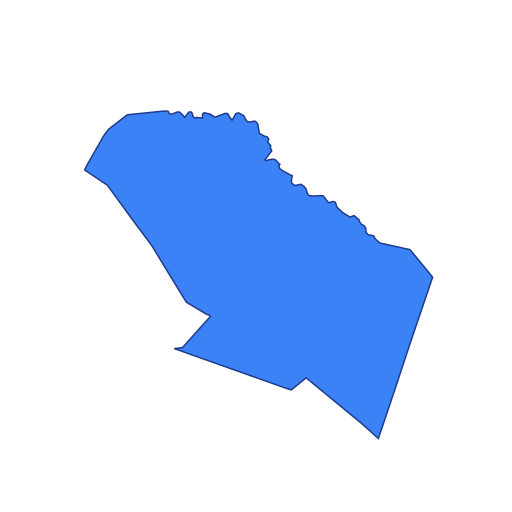 the district of Santo Domingo Tlatayápam, Oaxaca, Mexico, rotated 27°
{"feature_id": "50627088B94948121721133", "entity_name": "Santo Domingo Tlatayápam", "entity_type": "district", "adm_level": 2, "iso_a3": "MEX", "parent_name": "Mexico", "parent_adm1": "Oaxaca", "projection": "mercator", "projection_center": [-97.346, 17.402], "detail": "fine", "context": "isolated", "style": "filled", "palette": "blue", "viewbox_px": 512, "rotation_deg": 27, "n_neighbors": 0, "source": "geoboundaries", "source_scale": "gbopen_adm2", "svg_char_len": 2034}
<svg xmlns="http://www.w3.org/2000/svg" viewBox="0 0 512 512"><g transform="rotate(27 256 256)"><path d="M107.6,169.0L77.2,188.6L67.3,209.6L65.8,217.1L64.1,252.4L64.2,256.5L64.6,257.2L67.2,257.5L91.4,260.4L130.9,280.5L132.4,281.2L157.5,293.6L160.1,295.1L165.8,298.6L187.6,312.1L214.9,328.8L232.7,330.0L237.9,330.4L241.7,330.0L242.8,330.5L232.0,371.1L225.2,375.6L245.4,373.0L344.3,360.0L348.2,359.3L356.0,341.8L426.2,357.3L447.9,363.1L440.6,313.5L432.8,262.6L423.0,194.7L390.4,180.4L360.3,188.2L354.3,186.5L351.6,184.6L346.1,186.1L343.2,184.8L341.2,181.4L338.6,179.9L335.4,179.9L332.2,178.1L330.9,176.6L328.8,176.6L327.4,176.0L324.9,175.5L322.2,178.6L318.1,178.3L313.8,178.0L309.8,176.8L307.7,176.3L305.8,175.6L303.8,173.6L302.7,172.4L301.8,172.1L300.7,172.1L299.7,172.6L298.3,173.9L297.7,174.8L296.8,175.1L295.7,175.2L294.4,174.7L292.3,173.7L290.3,172.6L289.3,172.2L287.8,172.1L286.4,172.8L284.3,174.0L280.3,176.3L277.4,177.5L276.2,177.9L274.8,177.8L273.6,177.1L272.4,175.9L269.7,173.1L267.8,172.7L267.4,172.2L266.9,172.1L266.4,172.1L263.5,171.7L258.5,175.6L254.8,174.9L253.5,173.1L252.8,171.3L251.9,168.1L251.6,167.8L250.3,168.2L241.1,167.9L237.3,167.4L235.0,164.4L235.6,163.5L233.8,163.0L229.8,161.5L227.8,161.7L225.8,162.9L223.3,164.9L221.6,166.5L220.3,166.2L222.3,155.1L221.4,154.5L219.8,153.1L219.0,151.0L216.9,150.1L215.0,149.5L214.6,149.0L214.3,146.1L212.8,145.2L211.5,144.8L209.0,145.4L208.4,145.4L203.3,145.2L201.4,142.6L198.9,139.3L197.8,137.7L195.5,136.6L193.4,136.4L190.1,139.2L187.4,140.2L184.4,138.8L182.0,136.9L180.8,136.5L175.4,136.4L173.4,138.2L173.2,143.7L172.9,145.8L169.7,144.2L166.8,142.4L166.0,142.0L163.8,142.9L156.5,150.9L153.1,150.7L151.1,150.3L144.8,151.9L143.9,153.7L144.7,155.4L145.8,157.4L143.2,158.2L141.7,159.2L140.6,159.1L139.2,160.9L136.5,160.3L136.2,159.9L135.1,158.6L133.7,157.3L132.3,157.2L130.8,158.4L129.8,163.4L129.6,164.8L124.7,163.0L123.9,162.8L122.7,162.5L120.7,163.2L116.2,168.3L113.4,168.3L112.6,167.3L111.6,167.0L107.6,169.0Z" fill="#3b82f6" stroke="#1e3a8a" stroke-width="1.5"/></g></svg>